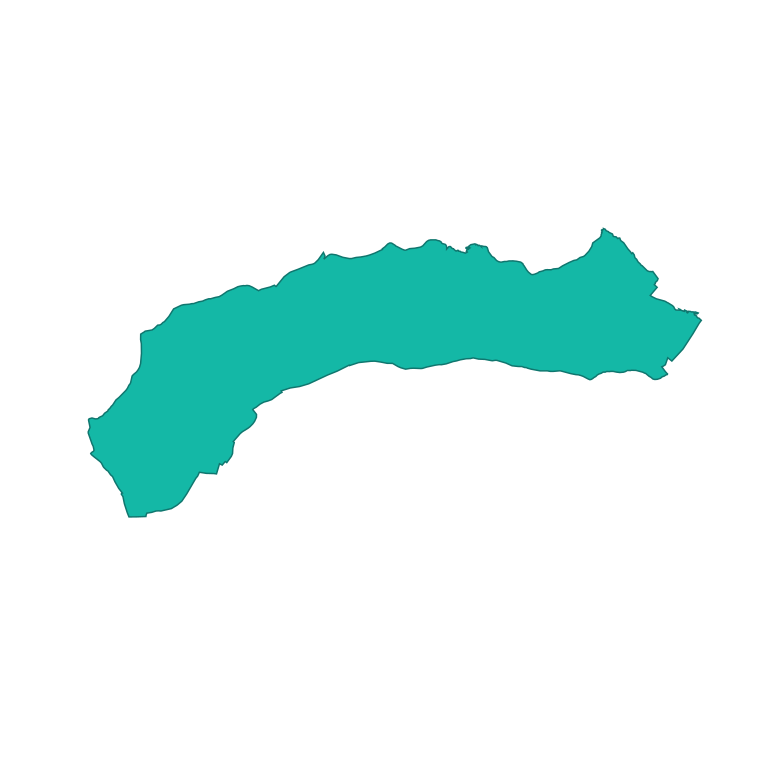 the district of Dabaca, Cluj, Romania, rotated 124°
{"feature_id": "2599482B33158001098606", "entity_name": "Dabaca", "entity_type": "district", "adm_level": 2, "iso_a3": "ROU", "parent_name": "Romania", "parent_adm1": "Cluj", "projection": "orthographic", "projection_center": [23.677, 46.974], "detail": "fine", "context": "isolated", "style": "filled", "palette": "teal", "viewbox_px": 768, "rotation_deg": 124, "n_neighbors": 0, "source": "geoboundaries", "source_scale": "gbopen_adm2", "svg_char_len": 6171}
<svg xmlns="http://www.w3.org/2000/svg" viewBox="0 0 768 768"><g transform="rotate(124 384 384)"><path d="M636.8,521.1L632.6,515.0L627.0,507.3L625.7,507.9L623.7,508.4L620.3,504.8L616.8,502.0L615.3,500.1L614.0,497.9L606.2,490.6L599.9,487.7L594.2,486.1L585.7,486.1L567.4,487.3L564.6,487.0L560.4,487.7L557.4,481.3L553.4,475.0L552.2,472.6L542.1,475.8L541.7,472.8L537.2,472.3L537.0,472.1L537.1,470.4L529.4,470.1L526.3,470.7L521.6,473.5L516.3,475.4L516.0,476.8L505.5,475.5L502.7,474.7L496.4,471.9L494.2,471.2L490.4,470.5L487.4,470.4L483.0,471.1L480.5,472.7L478.6,478.5L477.3,478.3L474.7,477.0L470.0,475.5L466.2,473.5L462.8,470.6L459.7,468.4L449.8,464.9L448.0,463.9L447.2,465.4L439.7,459.5L433.2,452.5L425.9,446.5L408.1,435.8L399.5,430.0L387.8,423.4L388.0,422.9L380.4,417.0L372.5,407.6L370.2,404.4L367.5,398.7L365.1,393.0L362.1,388.4L361.7,382.1L361.1,379.0L359.6,374.4L356.2,370.8L354.3,368.2L350.5,362.0L349.5,360.8L346.0,358.0L339.7,352.0L337.1,349.1L335.9,347.2L332.5,343.7L326.8,339.3L324.2,336.7L321.4,334.4L317.1,330.0L314.6,326.6L312.5,324.7L310.5,319.6L307.2,314.2L304.5,307.9L304.0,307.0L302.2,305.1L301.3,303.7L298.5,294.8L297.3,288.0L294.4,282.5L292.4,279.4L291.7,276.7L290.7,275.0L290.7,274.2L289.5,270.5L285.8,261.9L281.8,256.0L280.6,253.3L279.1,251.0L274.8,245.7L274.3,244.7L270.9,234.8L268.9,230.1L267.7,228.0L266.9,225.6L266.3,223.2L265.7,217.6L265.3,215.7L264.2,214.7L262.7,214.0L261.3,213.6L259.3,212.6L257.5,212.3L255.7,211.5L253.6,209.9L251.6,209.0L250.4,207.2L249.1,206.4L247.6,204.0L246.6,202.9L245.4,201.1L244.2,198.1L242.6,194.9L240.2,192.0L238.8,190.9L236.7,189.8L234.9,187.1L234.2,186.5L231.8,182.7L229.5,176.0L229.3,174.2L228.9,173.0L229.4,168.5L229.2,166.6L229.5,163.8L228.8,162.0L227.2,160.0L224.6,158.0L222.5,157.4L220.6,156.0L218.9,155.4L217.7,154.4L217.1,154.6L217.0,155.3L216.4,157.7L214.4,163.3L213.1,162.5L210.7,161.5L203.6,163.4L204.0,158.2L187.9,155.7L169.5,156.0L157.4,156.7L153.8,156.5L153.3,159.7L153.7,160.7L153.7,161.3L153.3,162.4L152.8,163.0L153.1,164.6L153.1,165.2L152.1,166.3L151.7,165.1L151.2,164.6L151.0,163.8L149.8,163.2L149.4,163.2L150.2,166.2L151.0,167.1L151.5,168.4L151.8,168.6L152.3,169.4L152.5,170.5L153.6,172.5L154.1,172.9L154.3,172.5L154.1,172.2L154.7,171.9L155.4,172.3L155.2,172.9L154.8,172.7L154.6,173.5L154.3,173.7L154.3,174.3L154.6,174.6L154.5,176.1L155.3,176.2L155.4,175.8L155.9,175.7L156.6,178.2L156.7,179.1L156.5,179.7L156.8,181.1L157.3,179.9L159.4,183.3L159.2,184.9L158.0,187.0L157.7,188.7L157.9,193.9L158.2,195.5L158.1,196.0L158.3,197.6L161.1,205.9L161.7,210.4L161.7,212.8L151.1,211.6L150.5,215.4L148.9,215.3L148.1,215.8L145.5,215.2L143.4,215.7L140.4,224.1L141.0,224.7L142.5,227.1L142.9,229.2L141.6,236.1L141.7,237.3L141.1,238.9L140.8,241.3L139.8,243.6L139.4,244.0L139.0,246.6L137.0,248.8L136.1,251.2L137.4,251.6L136.6,253.5L135.6,257.4L132.9,264.2L132.7,268.0L131.2,270.1L131.5,270.8L132.7,271.6L132.2,273.7L133.4,276.4L131.9,278.5L132.5,282.4L132.2,283.1L132.7,285.6L132.0,287.0L132.4,289.0L132.9,288.6L134.0,288.8L134.1,289.5L134.8,289.7L135.2,289.3L135.2,288.8L136.2,288.1L136.6,288.4L137.3,287.7L138.4,287.6L139.9,286.8L142.1,286.8L150.3,289.8L153.9,288.6L159.4,288.4L165.1,289.3L166.7,289.9L169.5,292.2L173.3,293.6L175.4,295.7L179.8,298.5L186.1,302.0L190.6,303.9L193.9,307.9L195.9,309.4L198.1,312.8L199.3,314.2L201.5,315.6L204.2,318.0L205.9,318.6L208.7,320.5L210.1,321.8L210.7,322.9L210.8,323.5L210.5,326.8L209.8,329.2L207.8,333.7L207.2,335.4L206.6,336.2L206.5,338.8L208.1,342.7L209.7,345.7L212.0,349.1L213.9,350.9L215.0,352.6L217.6,355.1L218.5,357.4L218.7,359.7L217.7,363.5L217.9,365.5L217.8,366.1L215.9,371.3L213.6,374.1L213.2,374.7L213.3,374.9L213.0,375.8L213.2,376.6L214.2,378.3L214.9,380.3L215.4,380.5L215.8,380.0L215.6,381.9L215.9,383.0L216.7,383.3L216.4,384.8L216.7,385.8L217.1,385.8L216.8,386.3L217.1,387.1L219.9,389.9L222.1,390.7L222.3,390.7L222.6,390.3L225.0,392.3L225.6,392.0L225.7,391.2L224.4,389.8L223.3,389.3L223.2,388.9L224.4,389.4L225.1,389.3L225.5,389.8L226.5,390.2L228.0,389.9L227.9,388.9L228.0,388.7L230.1,389.8L230.5,391.6L231.6,394.3L231.4,395.1L232.2,396.4L232.2,396.7L231.7,397.0L231.8,397.3L232.2,397.9L233.4,398.5L233.5,399.0L233.3,401.1L233.0,402.0L233.3,402.6L233.4,403.9L232.9,405.6L233.1,406.2L233.9,407.0L237.1,407.5L235.8,408.3L234.8,409.3L234.1,410.6L234.0,411.4L234.7,413.4L235.0,414.8L234.2,416.4L234.4,418.3L235.0,419.6L235.5,421.6L237.2,424.1L238.5,426.0L240.0,427.4L242.1,428.3L247.8,429.1L250.1,430.3L254.2,434.4L257.4,438.4L261.0,440.9L261.5,441.7L262.1,444.2L262.9,450.9L263.1,451.2L262.8,452.1L262.9,456.1L263.2,457.1L264.0,458.2L265.9,459.2L269.7,459.9L272.9,461.0L273.3,460.5L280.6,464.8L285.3,468.2L287.9,470.4L291.8,474.4L294.7,477.9L298.2,481.1L299.4,482.9L302.0,489.0L303.7,495.8L305.6,499.8L306.8,501.2L308.8,502.2L314.1,503.7L312.4,503.9L310.7,504.7L308.8,507.8L317.6,508.0L322.2,508.9L323.4,509.4L324.9,510.5L327.4,513.0L337.1,519.5L343.2,523.9L344.5,524.6L351.0,526.8L363.4,527.9L363.6,528.2L363.4,530.1L367.1,532.5L374.0,538.6L376.8,540.2L377.3,547.3L377.9,550.7L378.9,552.7L380.3,554.2L381.0,555.5L383.1,557.8L385.1,559.6L389.2,561.9L394.7,565.7L401.0,568.1L403.8,569.5L406.6,572.3L410.3,575.4L411.4,577.0L414.2,579.2L416.8,580.8L419.4,583.5L423.8,586.8L424.8,588.2L426.7,590.0L430.3,594.5L432.1,596.1L439.4,600.4L448.3,600.1L455.1,600.9L456.7,601.7L459.0,602.1L460.6,603.0L461.6,604.4L462.1,604.6L466.4,605.5L468.9,606.5L473.8,611.6L474.7,611.8L478.7,613.6L483.3,610.6L486.3,607.7L494.2,602.2L503.2,597.2L507.0,596.0L509.6,595.8L512.4,595.9L516.2,597.0L518.2,597.3L524.6,594.8L526.0,594.6L527.4,594.8L531.1,594.3L533.6,594.4L543.4,596.2L547.1,597.3L553.3,597.2L554.9,597.6L557.9,597.7L559.3,598.2L561.0,597.9L564.5,599.3L567.7,599.5L570.3,601.1L571.4,601.6L571.9,601.4L573.1,602.2L574.3,603.7L575.5,607.1L577.7,609.0L579.0,608.9L584.4,603.4L589.0,602.5L590.1,601.7L597.1,592.3L598.3,590.2L601.1,587.3L602.4,587.3L604.2,588.1L605.6,588.3L605.8,588.0L606.2,586.7L606.5,584.0L607.1,575.9L607.6,574.0L609.5,570.6L609.9,569.5L610.6,565.8L610.5,564.2L612.2,559.9L612.5,557.5L612.8,556.8L615.5,552.4L618.9,545.5L620.7,539.9L621.5,540.4L622.2,540.2L623.3,537.5L628.5,532.2L634.3,524.8L636.8,521.1Z" fill="#14b8a6" stroke="#0f766e" stroke-width="1.5"/></g></svg>